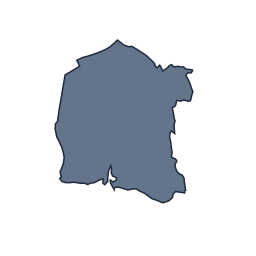 Beaufort, Sabah, Malaysia, rotated 333°
{"feature_id": "92858781B48397609160298", "entity_name": "Beaufort", "entity_type": "district", "adm_level": 2, "iso_a3": "MYS", "parent_name": "Malaysia", "parent_adm1": "Sabah", "projection": "robinson", "projection_center": [115.744, 5.299], "detail": "fine", "context": "isolated", "style": "filled", "palette": "slate", "viewbox_px": 256, "rotation_deg": 333, "n_neighbors": 0, "source": "geoboundaries", "source_scale": "gbopen_adm2", "svg_char_len": 2181}
<svg xmlns="http://www.w3.org/2000/svg" viewBox="0 0 256 256"><g transform="rotate(333 128 128)"><path d="M149.0,211.6L149.9,209.8L151.1,209.7L151.7,207.7L152.4,205.8L154.1,200.4L155.1,198.5L155.1,196.3L154.7,194.4L153.7,193.0L152.6,191.6L151.8,188.1L152.4,184.7L153.3,181.8L156.2,179.9L156.7,178.8L155.9,176.6L154.5,175.4L153.7,173.5L154.6,172.0L156.3,169.8L157.0,167.1L159.8,159.5L160.8,155.3L162.1,153.1L163.8,150.9L165.2,150.4L166.2,152.3L167.1,154.1L168.2,151.4L169.1,149.3L170.2,146.7L172.1,144.1L173.2,143.2L173.5,140.4L174.8,136.7L175.6,133.7L176.3,131.4L176.9,129.8L179.4,130.1L181.6,128.5L183.1,126.3L184.0,125.7L185.8,126.8L187.1,128.0L188.8,128.0L191.8,129.4L192.6,130.4L193.6,131.4L195.8,132.1L197.2,130.8L199.1,128.5L202.3,125.0L202.7,120.4L203.5,116.3L203.5,112.7L203.5,110.3L203.5,107.4L204.9,106.4L206.7,106.2L209.4,107.6L211.2,106.4L211.8,105.7L208.5,103.1L206.1,101.6L205.8,100.5L205.3,98.6L204.0,98.5L203.0,97.7L201.5,96.4L199.7,95.4L198.2,95.0L196.3,94.0L195.8,91.4L194.3,91.2L193.1,91.2L190.6,92.2L189.0,92.4L187.3,92.6L184.9,93.1L184.9,91.8L185.0,87.8L184.8,86.4L183.2,86.8L181.8,87.6L180.7,86.7L180.6,84.6L180.9,82.1L177.3,71.8L171.0,60.9L170.0,59.4L168.9,57.7L167.9,56.6L165.9,56.2L162.0,52.3L158.5,44.8L158.4,44.8L154.3,46.2L151.7,46.7L149.2,47.5L147.1,47.6L144.2,47.8L142.1,47.8L138.7,47.6L134.2,47.1L130.5,46.6L125.7,45.9L119.0,44.5L115.8,44.5L113.1,44.4L113.0,51.0L96.0,52.2L74.3,81.4L68.2,90.1L65.3,91.3L62.7,95.7L60.5,103.5L60.5,109.5L60.2,115.7L58.9,121.7L57.7,125.3L54.3,130.3L51.3,133.1L47.7,136.1L46.9,138.7L46.3,141.4L44.2,142.0L44.9,145.8L47.7,148.4L51.1,150.2L54.3,151.4L55.5,152.0L58.0,153.8L61.0,156.0L63.9,157.2L66.4,160.0L69.9,160.2L72.9,161.4L79.5,161.4L82.5,162.0L80.6,166.0L81.6,168.0L85.7,166.4L87.8,162.4L91.0,157.6L95.5,153.8L94.6,157.4L92.6,160.4L92.6,164.2L94.2,165.6L94.9,167.2L94.2,169.0L90.3,169.4L89.3,167.4L88.6,166.4L87.5,168.6L87.5,172.2L87.8,176.6L88.4,175.6L90.2,175.0L93.9,177.4L96.9,180.4L99.7,183.2L104.5,184.4L107.7,186.0L108.8,188.2L113.4,194.1L117.0,201.5L121.9,206.7L125.1,210.5L131.5,211.5L136.1,210.1L138.4,207.1L141.6,206.3L148.4,211.1L149.0,211.6Z" fill="#64748b" stroke="#1e293b" stroke-width="1.5"/></g></svg>